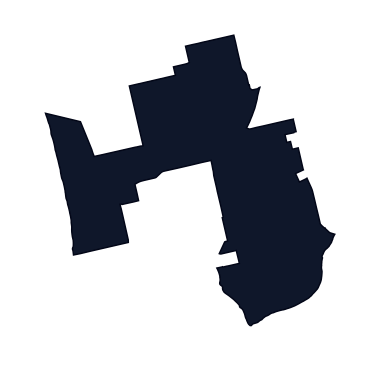 the district of Nedlands, Western Australia, Australia, rotated 347°
{"feature_id": "25037944B80247248268591", "entity_name": "Nedlands", "entity_type": "district", "adm_level": 2, "iso_a3": "AUS", "parent_name": "Australia", "parent_adm1": "Western Australia", "projection": "mercator", "projection_center": [115.79, -31.975], "detail": "fine", "context": "isolated", "style": "filled", "palette": "ink", "viewbox_px": 384, "rotation_deg": 347, "n_neighbors": 0, "source": "geoboundaries", "source_scale": "gbopen_adm2", "svg_char_len": 5800}
<svg xmlns="http://www.w3.org/2000/svg" viewBox="0 0 384 384"><g transform="rotate(347 192 192)"><path d="M67.0,82.4L67.2,85.0L67.4,86.1L67.6,88.3L67.7,90.5L67.8,91.6L67.9,92.7L68.2,93.8L68.3,96.2L68.3,97.4L68.4,98.6L68.3,100.7L68.1,101.8L67.9,102.9L67.8,104.0L67.9,105.2L68.3,108.6L68.4,109.7L68.5,112.1L68.5,114.6L68.5,115.7L68.4,118.0L68.3,119.1L68.2,120.2L68.3,121.4L68.4,122.6L68.4,123.9L68.4,126.1L68.5,128.3L68.6,130.6L68.6,131.7L68.6,132.8L68.6,135.3L68.6,136.5L68.6,137.7L68.7,139.9L68.7,141.0L68.5,142.2L68.4,143.3L68.3,144.4L68.3,145.6L68.2,147.9L68.2,149.0L68.3,150.2L68.6,151.2L68.5,151.7L68.7,152.3L68.8,153.5L68.8,155.8L68.8,157.0L68.8,158.3L68.7,160.6L68.7,161.7L68.4,164.1L68.4,165.2L68.3,165.7L68.1,167.4L68.0,168.6L67.9,169.8L68.0,170.8L68.2,172.0L68.3,173.3L68.2,174.4L68.1,175.7L68.1,176.8L68.2,177.9L68.3,180.2L68.3,182.5L68.3,183.6L68.2,184.7L68.2,187.1L68.2,188.2L68.0,191.6L67.9,192.7L67.4,194.9L67.3,196.1L67.1,198.3L66.9,199.4L66.3,201.7L66.1,202.8L65.9,203.9L65.6,206.4L65.5,207.6L65.4,208.7L65.4,209.9L65.4,211.1L65.4,212.3L65.0,214.7L64.5,216.8L64.2,217.9L63.8,218.8L63.1,219.7L62.7,220.7L62.8,221.9L62.8,223.1L62.4,226.7L69.6,226.9L79.4,226.8L85.4,226.8L89.8,226.8L117.9,226.8L118.6,226.8L119.1,224.4L119.2,200.8L119.2,191.5L119.1,191.3L119.1,191.0L119.1,190.3L119.1,187.7L119.3,187.5L119.5,187.5L120.2,187.7L120.5,187.9L120.7,188.2L120.8,188.3L121.0,188.4L121.5,188.4L133.0,188.5L138.0,188.4L138.1,181.7L138.1,175.0L138.1,171.6L141.0,170.7L142.5,170.3L144.6,170.0L147.9,169.9L151.1,169.9L159.1,169.9L160.2,169.7L161.1,169.2L165.8,166.4L166.7,165.9L167.7,165.6L168.8,165.4L169.9,165.4L171.0,165.4L184.0,165.5L196.4,165.5L208.4,165.4L217.7,165.5L217.6,170.0L217.4,174.5L217.4,177.0L216.9,180.9L216.9,187.9L216.9,189.6L216.9,194.0L216.8,196.7L217.0,196.8L217.2,197.0L217.2,197.3L217.0,197.5L216.8,197.6L216.9,212.1L216.8,223.5L215.7,223.8L215.7,238.3L215.7,238.8L215.7,247.8L213.6,247.8L213.4,248.0L213.1,248.1L212.9,248.1L212.6,248.0L212.1,248.7L204.7,258.2L205.5,258.7L206.5,258.9L207.5,258.9L210.6,258.9L216.5,258.9L222.0,258.9L222.0,263.0L222.1,269.5L222.1,272.2L210.5,272.2L209.6,272.1L208.8,272.1L205.1,272.1L204.9,271.7L204.5,271.8L199.1,271.7L199.2,272.2L199.4,272.7L199.6,273.9L199.7,274.4L199.8,274.7L199.8,275.0L200.0,276.1L200.1,277.1L200.1,277.9L200.2,278.4L200.2,279.9L200.2,280.6L200.1,280.8L200.0,281.3L199.9,282.5L199.7,284.1L199.2,285.4L198.8,286.2L198.7,286.4L198.4,287.5L198.4,287.9L198.5,288.3L198.8,288.9L199.2,289.5L199.5,289.7L200.2,290.7L200.3,291.3L200.3,291.8L200.3,292.0L200.0,293.2L200.0,293.6L200.0,293.9L200.0,294.4L200.4,295.7L200.8,296.9L201.9,298.3L203.2,299.7L204.9,301.6L208.4,306.0L210.0,308.5L210.9,309.8L211.6,311.0L212.2,312.1L212.6,312.9L212.6,313.8L212.6,314.7L213.0,315.5L213.9,316.3L214.6,317.3L215.0,318.1L215.3,319.4L215.8,322.3L215.9,324.1L215.9,325.5L216.0,326.8L216.3,327.8L216.6,330.2L217.1,332.6L217.5,333.6L218.5,335.1L219.5,335.5L220.3,335.1L221.2,334.4L221.9,334.2L222.8,334.1L226.1,333.9L227.4,333.5L228.4,332.9L229.3,332.5L231.2,332.1L233.2,330.8L234.3,330.3L235.6,329.7L236.9,329.5L238.1,329.3L239.7,328.8L240.9,328.3L242.0,328.0L242.8,327.9L244.2,327.9L245.8,327.6L247.3,327.4L251.1,327.2L252.8,327.2L253.6,327.2L254.7,327.3L256.6,327.2L258.4,327.0L260.1,326.9L262.0,326.7L263.9,326.4L266.4,326.0L268.0,325.6L270.7,324.9L274.0,323.9L276.1,323.4L278.1,322.7L280.5,322.0L282.1,321.4L283.4,320.6L284.9,319.9L286.8,318.4L288.0,317.7L289.9,316.4L291.4,315.3L292.4,314.6L293.6,313.3L294.8,311.6L296.8,309.0L297.9,307.1L298.4,306.0L298.9,304.6L299.5,303.0L300.0,301.4L300.4,300.1L300.8,298.6L300.9,297.0L300.9,296.0L301.1,294.9L301.1,294.6L301.3,294.0L301.5,293.4L301.7,293.0L301.8,292.6L301.8,292.2L302.0,291.6L302.1,291.4L302.4,290.2L302.6,289.8L302.8,288.9L303.0,288.4L303.1,288.2L303.5,287.2L304.3,285.6L304.3,285.3L304.3,285.1L304.2,284.8L304.2,284.4L304.2,284.0L304.4,283.4L304.7,283.1L305.1,282.6L305.9,281.7L306.1,281.2L306.3,281.1L306.6,280.5L306.9,280.3L307.0,280.1L307.5,279.5L307.9,279.1L308.0,279.0L308.3,278.7L309.5,277.9L310.5,277.4L311.3,277.0L312.3,276.3L312.7,276.1L313.3,275.7L313.9,275.0L314.0,274.9L314.5,274.4L314.7,274.2L315.0,273.9L315.5,273.5L316.1,272.9L316.3,272.7L316.8,272.1L317.0,271.7L317.2,271.4L317.3,271.2L317.9,270.4L318.0,270.2L318.6,269.4L318.6,269.2L319.0,268.5L319.3,268.0L319.4,267.8L319.6,267.7L319.9,267.3L320.0,267.2L320.8,266.1L321.1,265.9L321.4,265.5L321.6,265.3L317.3,262.8L316.7,262.2L313.6,257.6L313.7,257.4L313.7,257.2L313.5,256.9L313.3,256.8L313.1,256.8L312.9,256.9L310.9,254.0L310.0,252.4L309.8,251.8L309.8,250.8L309.8,243.5L309.7,234.8L309.7,228.4L309.6,218.6L309.5,216.9L309.1,214.4L307.8,208.1L307.1,204.4L305.8,204.9L302.3,205.7L298.9,206.4L297.0,197.3L305.5,195.5L305.4,194.9L305.4,172.9L299.4,172.9L299.3,165.0L295.5,165.0L295.5,157.0L304.6,157.1L305.0,156.6L307.0,156.6L307.0,145.0L307.0,144.1L307.1,143.8L303.0,143.7L293.0,143.7L285.1,143.7L276.2,143.7L269.2,143.6L264.2,143.7L263.4,143.7L262.2,143.6L261.6,143.4L259.5,141.8L261.3,139.8L264.0,136.4L266.0,133.5L267.6,131.3L270.1,127.4L271.9,124.7L272.9,122.8L275.3,118.2L276.3,116.2L277.4,113.4L279.2,109.8L280.4,107.4L281.7,105.3L281.0,105.3L280.2,105.7L279.7,105.9L279.1,106.2L278.5,106.2L274.1,106.1L273.8,106.1L273.7,106.0L273.4,105.9L271.8,104.2L271.9,100.5L271.3,100.5L271.3,91.8L271.3,90.8L271.1,89.2L270.8,88.1L270.0,86.7L268.8,84.8L268.3,83.3L268.0,81.7L268.0,79.1L268.0,69.0L268.0,65.4L268.0,64.4L268.1,55.8L268.0,48.6L256.9,48.6L235.7,48.5L231.2,48.6L225.5,48.5L218.5,48.5L218.5,65.2L216.1,65.8L213.3,65.9L202.1,65.9L202.1,67.4L202.1,74.6L154.8,74.6L154.8,135.9L153.1,135.9L152.2,135.7L147.8,135.7L146.9,135.6L113.5,135.5L106.6,135.4L105.1,135.4L104.7,135.4L104.2,132.2L103.9,128.9L103.9,128.3L102.5,119.5L99.1,98.4L68.6,83.2L67.0,82.4Z" fill="#0f172a" stroke="#020617" stroke-width="1.5"/></g></svg>